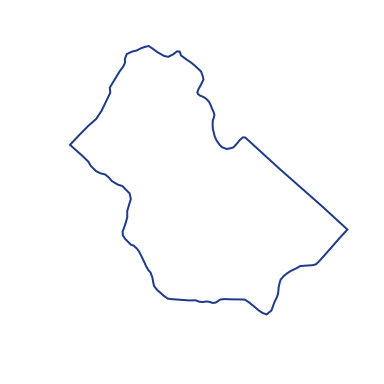 the district of Noya, Estuaire, Gabon, rotated 42°
{"feature_id": "22940354B97736756734811", "entity_name": "Noya", "entity_type": "district", "adm_level": 2, "iso_a3": "GAB", "parent_name": "Gabon", "parent_adm1": "Estuaire", "projection": "mercator", "projection_center": [9.982, 0.76], "detail": "fine", "context": "isolated", "style": "outline", "palette": "blue", "viewbox_px": 384, "rotation_deg": 42, "n_neighbors": 0, "source": "geoboundaries", "source_scale": "gbopen_adm2", "svg_char_len": 1819}
<svg xmlns="http://www.w3.org/2000/svg" viewBox="0 0 384 384"><g transform="rotate(42 192 192)"><path d="M332.6,115.9L297.1,115.6L242.8,116.2L195.1,115.9L193.3,117.3L192.7,121.7L193.0,124.7L192.9,131.2L190.8,134.5L188.9,136.9L184.3,138.6L181.1,138.5L175.5,137.2L171.5,135.4L168.5,133.3L165.4,131.3L162.1,128.0L159.8,125.2L158.7,122.7L156.9,119.5L154.5,118.1L151.6,116.9L148.3,115.2L144.8,113.7L142.1,113.3L138.7,113.3L135.5,114.2L133.4,115.0L131.0,115.2L129.3,114.4L127.9,111.0L127.2,107.5L125.3,100.8L122.6,98.8L118.1,96.4L110.1,96.2L105.1,96.4L99.4,97.2L92.5,97.9L88.8,95.9L86.8,97.5L85.9,102.2L84.0,107.3L80.5,109.5L73.0,111.2L66.7,111.8L62.1,112.5L60.1,115.4L58.0,119.1L56.2,123.8L53.4,128.0L51.2,133.2L53.2,138.2L55.6,140.6L56.9,144.4L57.5,150.7L59.3,160.3L61.0,169.3L64.9,173.0L70.5,192.4L71.9,201.7L70.7,212.1L70.1,224.8L69.8,238.6L87.1,238.5L94.6,238.8L99.2,240.3L106.6,240.7L111.8,239.2L115.6,237.1L120.6,236.9L125.2,237.5L131.7,236.2L136.3,234.2L146.6,234.8L151.2,238.1L153.5,243.0L156.6,249.5L160.8,254.1L163.5,259.5L165.3,263.7L166.9,267.8L169.6,270.5L173.8,271.6L181.5,272.0L181.9,272.0L184.5,270.9L188.9,270.9L192.9,271.8L199.7,274.5L203.4,276.0L207.9,278.0L212.0,279.3L215.1,279.6L220.0,282.2L223.6,285.1L227.1,287.4L232.0,288.1L240.2,288.0L245.2,287.5L248.5,285.3L261.9,274.9L267.3,270.0L270.6,268.8L273.5,266.7L276.1,263.6L278.5,262.0L281.6,260.6L283.6,258.4L284.3,255.5L284.9,253.1L287.8,249.8L291.0,247.2L296.2,242.7L299.7,239.6L303.3,236.6L308.6,235.8L321.6,235.3L325.7,234.6L329.4,233.0L330.3,226.9L329.2,224.2L326.9,218.5L325.3,212.9L323.9,209.8L320.3,205.0L317.9,200.9L316.5,197.8L316.4,193.2L317.1,188.7L318.4,184.1L320.5,179.2L322.0,174.6L323.9,172.6L326.5,169.9L330.6,165.7L332.5,162.8L332.8,158.9L332.8,148.7L332.5,128.4L332.6,115.9Z" fill="none" stroke="#1e3a8a" stroke-width="2"/></g></svg>